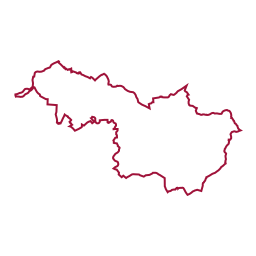 the district of Sintereag, Bistrita-Nasaud, Romania
{"feature_id": "2599482B46871685550444", "entity_name": "Sintereag", "entity_type": "district", "adm_level": 2, "iso_a3": "ROU", "parent_name": "Romania", "parent_adm1": "Bistrita-Nasaud", "projection": "albers", "projection_center": [24.321, 47.167], "detail": "fine", "context": "isolated", "style": "outline", "palette": "rose", "viewbox_px": 256, "rotation_deg": 0, "n_neighbors": 0, "source": "geoboundaries", "source_scale": "gbopen_adm2", "svg_char_len": 5804}
<svg xmlns="http://www.w3.org/2000/svg" viewBox="0 0 256 256"><path d="M145.7,175.3L149.5,174.9L152.4,173.4L152.9,172.8L155.8,172.8L156.9,173.2L157.6,173.6L158.5,174.4L159.5,174.8L164.7,178.1L164.8,186.4L165.2,187.2L165.8,189.0L167.7,192.2L168.4,191.5L169.0,191.2L169.8,191.2L170.4,191.0L171.0,190.7L171.9,189.9L173.8,189.5L175.3,189.5L175.7,188.8L176.4,188.6L176.6,188.3L176.7,187.9L177.2,187.8L177.4,188.2L178.2,188.1L178.3,188.2L178.3,188.4L178.6,188.1L179.9,187.9L181.5,187.9L182.3,187.7L183.3,188.0L184.3,189.5L184.7,190.4L185.8,192.4L187.5,194.8L189.6,193.9L191.5,192.6L192.7,191.5L193.7,191.1L194.8,190.5L195.9,190.2L197.2,189.8L201.3,191.0L202.6,186.3L202.8,185.3L202.7,184.2L203.0,183.0L203.5,182.8L204.0,182.2L204.1,181.7L205.1,180.7L205.8,178.6L206.4,177.9L206.3,177.3L209.4,175.7L212.4,173.8L215.1,172.8L217.6,170.9L218.3,170.5L220.4,168.4L220.9,167.4L221.2,167.1L223.0,165.8L225.1,163.8L225.7,163.5L225.7,163.3L225.2,162.3L225.5,161.8L225.4,161.2L225.5,160.6L225.9,159.5L225.9,158.8L225.7,158.0L225.5,156.4L225.5,155.6L225.9,154.7L226.1,153.6L225.3,152.6L224.8,152.3L224.3,151.1L224.4,150.6L224.7,149.7L224.8,148.9L225.2,148.6L225.7,147.4L226.8,145.6L228.3,144.2L228.6,143.8L228.8,143.3L228.8,142.6L229.1,141.9L229.0,141.0L228.6,140.5L228.7,139.7L229.4,139.9L230.0,139.8L230.3,139.6L230.6,138.8L231.1,138.5L231.2,137.0L230.8,135.1L230.6,134.6L230.5,134.2L231.2,133.0L231.8,132.1L234.2,131.3L235.2,131.5L236.1,131.9L237.6,131.6L238.2,131.4L239.1,130.8L239.7,130.6L239.8,130.7L240.6,130.4L239.7,129.9L238.2,128.5L237.4,126.2L237.4,125.8L236.7,125.3L236.2,124.3L235.3,123.5L234.8,123.3L234.0,120.9L233.4,120.6L233.3,120.0L232.8,119.2L232.3,118.7L232.0,118.0L231.3,117.9L231.5,117.5L231.4,117.1L231.1,116.7L231.3,115.3L230.9,113.3L230.5,112.5L229.8,111.4L229.3,110.9L228.0,110.6L227.0,110.0L225.2,110.3L223.4,111.1L222.5,111.9L221.6,113.7L221.2,113.9L219.5,113.9L217.0,113.4L214.6,113.5L213.7,113.0L213.3,112.9L212.3,113.0L211.5,113.3L210.1,114.2L208.7,114.8L206.9,115.0L206.4,114.7L205.5,114.8L204.0,114.4L202.8,114.4L201.9,114.8L200.9,114.8L199.4,114.1L197.9,113.8L197.4,113.4L197.0,113.5L196.6,112.8L195.8,110.7L196.8,108.1L195.5,107.7L195.5,107.9L192.7,105.9L190.0,105.6L189.7,105.4L189.8,105.3L189.3,104.8L188.8,104.0L188.6,103.3L188.6,101.5L189.1,99.8L186.8,96.3L187.5,95.4L187.6,94.8L188.5,94.6L186.8,92.2L185.2,91.3L184.7,90.5L186.6,85.6L181.6,89.1L177.7,91.3L176.4,92.9L174.2,94.7L173.4,94.9L171.0,94.2L170.9,94.4L170.1,94.8L169.5,95.5L169.0,96.6L167.9,97.4L164.1,97.4L162.1,97.2L161.8,96.6L160.9,96.5L160.4,96.6L160.4,96.9L158.8,97.5L153.1,98.4L153.4,102.2L152.3,102.2L151.3,103.3L149.7,103.7L148.8,104.1L149.6,108.4L145.3,106.1L141.9,104.6L138.3,102.2L137.5,98.9L136.4,97.3L135.6,94.9L134.4,93.1L133.1,92.2L130.0,91.8L127.7,90.9L125.0,89.1L123.9,87.6L123.3,87.0L121.4,86.0L120.1,85.8L117.8,86.0L117.2,85.7L116.2,86.5L115.2,86.7L113.5,86.8L112.4,86.6L111.8,86.3L111.0,84.9L110.1,84.6L108.5,84.6L108.3,84.0L108.5,82.9L108.8,81.4L108.3,79.4L106.8,76.3L105.2,74.5L104.2,74.1L104.0,73.8L103.7,73.9L102.2,74.8L101.6,74.8L99.6,76.2L95.7,79.6L95.0,80.4L92.4,77.8L91.0,77.0L90.2,77.9L90.0,78.3L87.6,77.0L85.3,76.2L83.1,75.0L81.5,74.5L80.3,72.5L79.1,73.3L78.9,72.5L77.4,73.4L76.7,73.1L76.2,72.5L71.6,70.9L71.9,72.1L71.3,72.3L71.1,71.0L71.3,69.6L71.2,68.6L69.3,69.6L69.0,69.2L67.7,69.9L67.0,69.4L66.4,68.8L65.5,69.2L64.6,67.8L64.8,67.7L64.6,67.4L64.2,67.1L63.8,67.6L62.8,66.5L60.5,64.2L58.6,62.6L58.6,62.3L59.0,61.6L58.5,61.2L56.1,62.4L54.2,63.2L52.2,64.3L51.0,65.3L50.4,66.7L49.7,67.6L48.4,67.9L45.4,69.1L44.6,69.7L44.4,70.4L43.9,70.7L41.6,71.6L39.7,71.8L37.3,71.5L36.0,71.9L35.5,72.2L34.8,73.0L34.2,76.6L33.2,76.7L32.5,80.0L33.0,83.2L32.8,85.8L32.5,86.9L31.2,88.1L29.4,89.6L28.3,89.0L27.6,88.8L26.2,88.8L25.6,88.9L24.8,89.2L22.6,92.0L21.1,92.7L19.6,93.0L17.4,94.0L15.4,94.4L15.4,95.1L15.5,95.7L15.9,96.6L16.3,96.4L19.6,96.7L20.2,96.9L22.6,96.7L24.0,95.7L24.8,94.7L25.4,94.2L27.4,93.3L28.4,92.6L29.0,91.5L31.3,90.1L32.9,88.4L33.7,87.1L34.5,87.4L35.7,89.8L36.8,91.8L38.2,93.4L39.8,94.5L40.2,96.1L45.8,99.1L47.7,99.2L47.5,104.4L56.7,105.1L56.4,112.0L55.7,114.3L56.8,118.5L57.1,120.3L56.9,122.6L57.9,123.5L58.2,123.1L58.8,122.8L59.2,122.9L59.3,123.7L60.6,123.4L60.9,122.5L61.5,121.6L62.9,118.4L63.8,116.7L64.7,114.6L65.2,115.1L67.9,116.5L67.9,117.1L69.9,118.6L70.4,119.1L70.8,119.6L71.2,119.9L71.2,120.1L71.0,120.4L69.6,121.8L70.6,123.0L70.4,123.1L72.1,124.8L69.7,126.3L70.6,126.5L72.6,128.1L73.3,128.8L74.9,130.7L79.2,128.7L80.0,128.1L80.4,128.0L81.3,127.4L81.9,126.8L81.9,124.5L83.9,125.6L87.3,122.5L88.8,121.7L90.5,121.1L92.2,123.2L94.2,121.7L91.1,118.2L91.6,118.0L92.2,116.8L94.3,117.3L95.1,118.1L95.3,118.6L95.2,120.2L95.3,120.9L95.8,122.5L97.0,123.3L98.1,123.3L99.0,122.9L99.5,122.2L99.8,121.6L99.8,121.0L99.8,120.3L104.0,119.9L107.5,119.9L107.6,122.4L108.2,122.8L108.7,122.9L108.9,122.6L108.9,122.2L109.7,122.2L110.8,121.6L111.5,120.1L112.0,120.1L112.5,120.2L113.1,120.8L113.3,121.9L113.9,122.7L115.6,123.5L115.8,123.8L116.0,124.7L116.0,125.7L115.1,126.8L114.7,128.1L114.2,128.6L113.6,128.8L113.6,129.2L115.7,129.0L117.6,129.0L117.6,130.3L117.5,130.6L117.2,131.1L116.7,131.6L116.2,132.2L116.2,134.4L116.6,134.7L116.9,135.3L117.0,137.5L115.4,137.7L114.9,138.2L114.3,139.3L113.4,140.4L113.8,141.3L113.8,142.7L113.8,142.9L114.0,143.0L116.9,143.4L117.0,143.7L117.9,145.5L117.8,146.1L119.5,147.5L119.6,147.9L119.0,149.4L119.0,150.7L118.6,151.4L117.6,152.5L115.4,153.8L113.4,156.5L113.1,157.5L113.1,158.2L113.4,158.9L114.0,159.5L114.5,160.3L115.1,160.8L117.1,161.6L117.9,162.2L118.2,163.5L118.3,164.2L118.1,164.9L117.8,165.6L117.3,166.1L115.1,167.2L113.6,168.5L115.2,169.3L116.7,169.6L119.0,172.7L118.7,174.5L121.7,177.2L123.3,175.7L126.1,178.0L127.0,177.3L129.5,176.0L131.8,174.5L133.0,174.2L139.0,174.5L140.1,175.3L143.8,176.6L145.7,175.3Z" fill="none" stroke="#9f1239" stroke-width="2"/></svg>